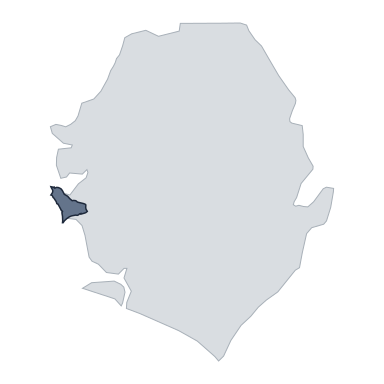 Western highlighted on a map of Sierra Leone
{"feature_id": "SLE-761", "entity_name": "Western", "entity_type": "Province", "adm_level": 1, "iso_a3": "SLE", "parent_name": "Sierra Leone", "parent_adm1": "", "projection": "natural_earth1", "projection_center": [-13.113, 8.336], "detail": "fine", "context": "in_parent", "style": "filled", "palette": "slate", "viewbox_px": 384, "rotation_deg": 0, "n_neighbors": 0, "source": "natural_earth", "source_scale": "10m", "svg_char_len": 2434}
<svg xmlns="http://www.w3.org/2000/svg" viewBox="0 0 384 384"><path d="M333.6,188.4L333.4,191.7L330.7,207.4L326.5,220.9L323.7,224.2L311.7,227.7L306.6,233.6L302.3,252.7L299.5,267.7L295.3,270.2L277.8,291.9L266.3,300.1L258.3,307.2L250.7,316.4L241.1,325.3L230.9,340.4L223.6,356.1L218.6,361.0L214.8,356.5L197.3,341.1L178.8,330.7L139.5,313.4L126.4,308.5L126.8,302.4L131.3,291.2L124.0,278.0L126.9,268.4L124.0,268.4L118.4,274.1L106.4,272.5L98.4,264.2L92.0,261.2L89.1,257.1L85.0,235.4L82.0,225.5L76.0,219.4L63.9,217.9L58.9,204.7L52.2,194.4L53.3,188.1L58.8,188.4L63.0,193.0L69.9,195.0L78.4,183.8L86.1,177.8L87.9,172.5L86.9,169.6L82.3,174.1L69.6,173.0L66.5,177.0L60.8,178.3L56.4,165.3L56.6,157.6L58.4,149.2L71.2,147.8L72.3,145.0L63.4,143.2L52.3,133.4L50.4,126.7L55.9,124.4L61.1,125.4L65.7,126.8L70.6,124.4L75.3,120.7L78.0,116.0L81.8,103.2L93.8,99.0L100.9,91.2L107.6,79.1L110.7,70.6L113.4,66.3L115.2,62.7L116.5,58.6L119.5,54.9L122.6,45.9L124.8,37.7L131.7,33.8L145.8,30.3L158.5,36.3L179.2,31.1L180.3,23.4L199.2,23.3L221.5,23.2L240.2,23.0L246.6,25.1L248.9,30.8L255.1,39.8L261.5,46.0L269.4,59.7L278.7,75.6L288.7,89.9L295.1,97.7L295.9,100.4L295.4,103.5L292.3,110.8L289.6,118.7L289.9,121.6L291.8,123.1L302.2,125.6L303.2,134.4L303.2,146.5L308.3,157.9L313.1,166.2L312.9,169.2L301.1,183.5L296.6,197.6L294.2,201.6L293.3,204.7L295.7,206.2L298.9,205.3L303.5,206.5L307.8,206.9L313.6,201.8L323.2,188.8L326.4,187.2L333.6,188.4ZM122.6,303.0L121.2,305.9L114.9,298.9L82.5,288.3L91.6,282.7L114.2,281.1L120.8,284.3L123.8,287.1L125.0,292.2L122.6,303.0Z" fill="#d9dde1" stroke="#a8b0b8" stroke-width="1"/><path d="M80.1,214.5L80.5,213.6L79.7,213.8L79.1,214.3L78.7,214.7L78.0,215.1L77.3,215.3L76.9,215.3L76.5,215.2L75.7,215.1L71.5,215.9L69.4,216.8L66.8,218.6L64.5,220.7L63.1,222.7L62.5,222.7L62.7,220.9L62.5,216.3L62.1,214.0L62.0,212.6L62.5,211.4L61.4,210.4L58.1,204.3L57.9,204.3L57.7,203.9L57.3,203.8L56.8,203.6L56.6,202.8L56.2,201.6L53.8,198.0L53.1,197.5L52.7,196.4L52.1,195.4L50.9,195.0L52.2,193.1L52.6,192.2L52.8,190.8L52.5,189.8L51.3,187.7L50.9,186.7L52.9,187.1L53.5,187.5L54.1,187.0L54.3,187.3L54.8,188.2L56.4,187.4L58.1,187.5L59.7,188.1L61.2,189.0L62.4,190.6L64.3,194.3L67.6,196.2L69.8,198.7L72.2,200.7L73.9,200.4L74.2,200.5L75.8,200.7L76.8,201.5L77.4,202.1L83.3,203.5L84.7,204.0L85.6,204.5L85.8,205.0L85.8,205.6L85.7,207.6L86.0,209.2L87.3,211.4L86.0,212.5L84.9,213.0L80.3,214.3L80.2,214.4L80.1,214.5Z" fill="#64748b" stroke="#1e293b" stroke-width="1.5"/></svg>